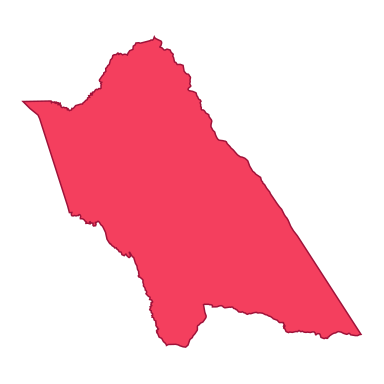 Mutatá, Antioquia, Colombia
{"feature_id": "7082276B10402397965480", "entity_name": "Mutatá", "entity_type": "district", "adm_level": 2, "iso_a3": "COL", "parent_name": "Colombia", "parent_adm1": "Antioquia", "projection": "mercator", "projection_center": [-76.456, 7.344], "detail": "fine", "context": "isolated", "style": "filled", "palette": "rose", "viewbox_px": 384, "rotation_deg": 0, "n_neighbors": 0, "source": "geoboundaries", "source_scale": "gbopen_adm2", "svg_char_len": 5900}
<svg xmlns="http://www.w3.org/2000/svg" viewBox="0 0 384 384"><path d="M51.0,101.0L23.0,101.5L30.0,108.5L38.0,115.0L39.7,118.7L67.7,206.2L69.4,212.6L71.8,212.5L71.3,214.0L71.4,215.0L72.0,215.8L73.2,215.9L74.4,215.5L76.1,215.9L77.4,215.5L78.5,215.5L79.1,214.6L79.8,214.7L80.3,215.2L80.7,216.3L80.3,218.0L80.4,218.7L82.6,218.8L84.3,219.9L84.7,220.7L86.3,222.0L85.8,223.0L85.9,223.4L87.7,223.2L90.1,223.9L90.3,223.7L89.7,223.1L89.6,222.2L89.6,221.9L90.1,221.7L91.2,223.0L93.0,223.2L93.0,225.4L93.6,226.0L95.6,225.7L96.1,224.0L95.3,222.9L95.4,222.4L96.7,222.2L97.9,221.3L98.4,221.4L99.5,222.5L100.9,224.8L102.4,226.1L103.3,227.7L105.5,232.3L107.0,239.2L109.3,242.9L110.2,243.9L110.5,243.7L112.2,245.8L113.8,246.7L114.8,248.0L116.3,247.8L116.8,249.0L118.0,249.8L119.3,251.8L120.9,252.0L121.7,253.6L121.9,254.6L124.2,255.7L125.9,254.1L127.0,255.8L128.7,257.4L129.3,257.5L130.2,256.6L130.4,255.7L130.1,254.3L129.3,252.8L129.3,252.4L129.7,252.3L132.3,256.6L133.7,257.5L135.5,263.4L136.9,265.8L137.5,269.3L138.7,271.6L138.6,273.0L138.9,273.9L139.0,275.4L138.4,275.6L138.4,276.3L138.9,277.0L140.1,277.3L142.7,279.6L143.0,280.4L142.9,282.2L143.6,284.4L143.4,285.9L144.7,287.5L145.3,289.1L145.2,290.0L146.1,290.5L146.7,292.0L146.6,292.9L146.0,293.4L146.0,293.8L148.4,296.3L150.0,297.2L150.1,298.1L149.6,299.5L151.6,300.0L152.6,301.8L152.5,302.2L151.3,302.5L151.0,303.0L151.5,303.8L150.9,304.8L151.7,305.7L150.1,306.8L150.7,307.7L149.7,309.5L150.3,310.4L151.2,310.7L151.3,312.7L152.5,313.5L152.6,315.3L151.9,315.6L152.5,316.5L152.1,317.1L153.6,317.7L154.2,320.0L155.9,321.1L155.6,322.1L156.2,323.1L155.8,323.8L156.2,324.7L155.9,325.2L156.6,326.9L157.5,327.2L157.7,328.4L158.5,329.0L158.0,329.7L157.5,329.5L156.5,330.8L156.6,331.3L157.4,331.9L156.8,332.5L156.9,332.8L157.7,333.6L159.1,337.1L161.7,338.4L163.5,341.7L164.8,342.7L166.4,344.7L166.5,345.4L168.3,344.5L175.8,344.3L178.3,344.9L180.0,345.8L183.1,346.8L185.7,347.1L188.0,345.1L189.9,339.5L192.3,337.6L193.0,335.9L194.9,333.8L197.1,330.5L197.4,329.6L197.4,326.5L197.7,325.6L199.1,324.8L200.4,323.2L202.9,322.0L205.6,318.2L206.1,317.0L206.1,315.8L204.8,312.2L203.8,306.4L203.5,304.7L204.2,304.3L208.7,304.3L209.7,304.7L211.2,304.7L212.4,305.4L212.4,306.9L217.0,306.8L219.4,305.9L221.2,305.6L222.8,306.3L223.4,307.1L224.9,307.8L229.9,307.1L230.6,307.3L231.6,307.0L232.8,307.2L233.6,308.4L235.5,308.9L235.9,309.5L236.8,309.8L238.7,311.9L241.2,312.2L242.3,311.7L243.9,312.7L245.7,313.2L246.3,313.9L247.4,314.3L249.3,313.5L250.8,313.7L254.0,312.7L255.8,312.4L256.8,312.4L257.1,312.8L258.0,313.0L259.9,312.8L262.6,313.2L265.3,314.6L267.1,315.0L268.5,315.9L270.7,316.6L272.6,318.0L273.3,318.8L277.2,320.2L279.1,322.3L279.8,322.6L283.1,322.5L283.5,322.8L283.4,323.4L284.3,324.6L283.6,326.0L284.9,326.1L284.5,327.1L283.8,327.4L283.7,328.0L284.4,328.7L285.2,329.2L285.7,330.9L286.3,331.7L288.6,332.6L289.7,332.0L292.3,332.4L295.9,331.5L297.5,331.7L299.0,330.5L300.7,331.7L302.5,331.3L304.0,332.1L306.0,332.4L307.4,332.1L310.4,332.5L312.4,331.9L314.0,331.9L315.0,332.7L315.6,334.7L316.2,334.7L317.2,333.8L317.9,333.6L319.4,333.8L320.0,334.3L321.0,337.4L324.1,338.6L326.0,337.9L326.8,338.4L327.6,338.3L328.2,337.0L329.0,336.7L329.5,335.9L332.1,334.1L333.9,333.2L335.7,332.9L337.7,331.7L338.5,331.6L341.2,332.1L343.4,333.3L346.5,334.3L347.2,334.2L349.0,333.3L349.7,333.6L350.7,334.8L355.4,335.6L357.6,335.6L359.3,334.7L361.0,334.4L297.4,235.9L293.5,230.9L290.7,226.3L288.1,220.2L286.6,217.7L285.6,216.7L284.3,214.7L281.7,209.4L279.4,206.8L277.1,203.7L270.6,194.1L269.6,191.9L266.7,188.3L264.5,184.5L263.0,183.3L262.6,182.0L261.4,180.6L260.6,177.4L255.8,174.2L254.4,172.5L252.8,171.4L249.7,166.2L247.8,160.9L246.6,159.7L244.8,158.2L242.4,157.2L240.3,156.8L237.4,154.8L233.2,149.9L230.9,147.9L230.0,146.6L227.2,143.7L226.3,141.8L225.0,141.1L223.8,141.0L223.1,140.7L219.2,140.2L218.0,139.4L216.7,137.5L215.5,134.8L214.7,132.0L212.9,130.3L211.0,126.8L211.0,124.8L211.8,121.1L211.4,119.9L209.1,116.7L208.7,114.7L205.7,112.9L204.8,111.3L203.8,110.3L203.3,110.0L201.8,109.9L201.2,109.1L201.3,107.2L200.6,106.4L200.8,104.8L200.1,102.7L201.0,101.3L200.3,100.0L199.0,99.4L198.4,98.6L197.4,96.3L196.8,95.9L196.2,93.2L195.8,92.7L192.8,91.4L189.2,90.7L188.0,89.6L188.4,88.3L190.7,86.3L190.8,85.9L189.7,83.8L190.2,81.8L190.0,80.0L190.5,77.7L190.3,76.9L189.6,76.3L189.4,75.5L188.3,74.2L186.8,74.0L185.7,73.2L184.1,71.2L183.1,65.4L180.4,64.4L177.2,64.5L175.9,62.5L174.5,61.9L173.5,57.4L172.7,56.2L173.2,54.5L173.1,54.1L171.2,52.4L170.1,50.0L167.0,49.1L165.2,50.0L164.1,50.0L161.8,47.7L159.9,47.1L159.9,46.6L161.0,45.4L161.6,43.3L161.6,42.1L161.0,41.1L156.1,38.8L154.7,37.7L154.3,36.9L153.5,39.1L152.6,40.1L151.0,40.0L150.0,40.7L140.7,43.1L139.8,43.2L139.0,42.7L135.9,43.0L135.2,44.8L133.3,46.1L132.9,49.4L129.7,50.7L128.0,53.2L127.4,55.0L126.1,54.4L124.5,54.2L122.4,54.8L120.7,53.5L120.1,53.6L118.9,54.5L118.6,54.4L118.6,53.4L117.9,53.0L117.2,53.5L116.5,54.5L113.9,54.8L113.5,55.3L112.8,55.5L112.3,57.9L111.5,59.0L110.5,59.9L109.3,64.4L107.7,65.8L106.8,67.5L105.7,68.4L105.8,71.5L103.8,72.9L103.7,74.4L102.6,75.4L99.5,79.8L99.4,80.4L99.8,81.4L100.7,82.0L101.7,82.3L100.7,83.5L101.4,84.6L101.0,85.3L101.0,88.2L100.3,88.7L98.9,88.5L97.6,89.6L96.3,89.3L95.2,90.2L94.3,91.8L92.6,92.2L92.6,93.5L92.3,94.0L91.0,93.2L90.6,93.6L90.7,94.6L91.3,95.0L90.5,95.1L89.6,95.7L88.8,95.7L89.5,97.2L88.8,97.1L88.3,97.7L87.6,97.9L87.4,99.5L85.6,100.5L84.4,102.0L83.2,102.7L82.5,104.0L80.8,104.1L75.6,105.6L73.7,108.0L72.8,108.6L71.9,108.4L71.5,109.9L69.4,110.6L68.8,109.8L67.4,109.8L67.3,109.2L67.9,108.9L68.0,108.6L67.0,108.3L66.4,107.7L64.7,107.8L63.8,107.2L62.1,107.6L61.2,106.9L60.9,106.5L61.0,105.4L60.4,105.4L60.1,105.1L60.2,103.3L59.1,103.7L58.7,104.5L58.1,104.7L58.0,104.3L58.9,103.6L58.8,103.0L57.8,102.6L56.5,103.1L56.4,102.2L56.0,102.0L55.6,102.2L55.5,103.0L55.2,103.2L54.2,101.9L53.5,102.3L52.5,102.2L51.8,101.7L51.4,102.4L51.0,101.0Z" fill="#f43f5e" stroke="#9f1239" stroke-width="1.5"/></svg>